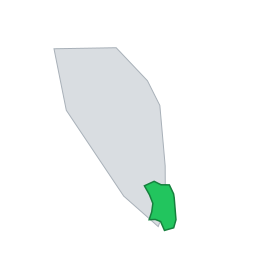 where Gros Islet sits in Saint Lucia, rotated 144°
{"feature_id": "LCA-5081", "entity_name": "Gros Islet", "entity_type": "Quarter", "adm_level": 1, "iso_a3": "LCA", "parent_name": "Saint Lucia", "parent_adm1": "", "projection": "natural_earth1", "projection_center": [-60.942, 14.065], "detail": "fine", "context": "in_parent", "style": "filled", "palette": "green", "viewbox_px": 256, "rotation_deg": 144, "n_neighbors": 0, "source": "natural_earth", "source_scale": "10m", "svg_char_len": 522}
<svg xmlns="http://www.w3.org/2000/svg" viewBox="0 0 256 256"><g transform="rotate(144 128 128)"><path d="M167.5,178.6L141.3,235.6L90.4,199.9L84.5,154.8L89.0,127.5L120.2,75.5L144.5,41.7L161.5,30.5L171.5,75.4L167.5,178.6Z" fill="#d9dde1" stroke="#a8b0b8" stroke-width="1"/><path d="M128.0,57.7L129.8,48.0L131.7,44.3L143.1,25.6L149.7,20.4L158.7,23.7L156.6,33.2L159.7,38.0L164.8,41.4L158.1,46.2L152.2,52.4L149.9,61.3L148.7,71.6L138.2,69.5L134.7,62.7L128.0,57.7Z" fill="#22c55e" stroke="#15803d" stroke-width="1.5"/></g></svg>